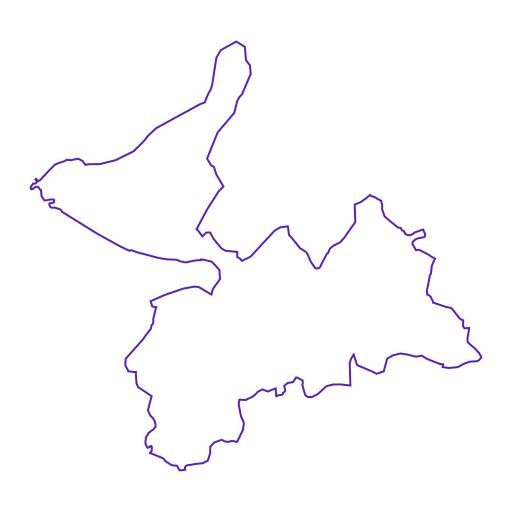 outline of Al Odayn, Ibb, Yemen
{"feature_id": "15242507B10242503769306", "entity_name": "Al Odayn", "entity_type": "district", "adm_level": 2, "iso_a3": "YEM", "parent_name": "Yemen", "parent_adm1": "Ibb", "projection": "orthographic", "projection_center": [43.943, 13.994], "detail": "fine", "context": "isolated", "style": "outline", "palette": "violet", "viewbox_px": 512, "rotation_deg": 0, "n_neighbors": 0, "source": "geoboundaries", "source_scale": "gbopen_adm2", "svg_char_len": 4977}
<svg xmlns="http://www.w3.org/2000/svg" viewBox="0 0 512 512"><path d="M423.2,229.6L422.7,229.7L414.5,232.5L412.6,234.2L410.5,235.1L408.3,235.2L407.1,234.8L405.6,234.1L405.3,233.6L404.9,232.9L404.8,233.0L404.1,231.4L403.4,230.9L402.4,230.5L401.9,230.3L401.7,229.7L400.6,227.9L399.5,227.8L397.7,227.4L392.0,222.7L389.8,220.9L384.7,216.6L382.1,209.3L382.2,205.2L382.0,203.9L381.5,203.0L381.3,201.7L381.2,200.8L376.9,198.6L375.8,197.6L370.7,195.8L370.1,195.0L365.8,198.5L360.4,202.3L354.7,204.5L355.3,222.0L347.9,232.5L344.1,238.0L340.1,242.4L336.0,244.4L333.2,245.9L330.0,248.5L327.9,253.3L327.0,253.6L322.6,262.0L320.0,267.2L318.0,268.4L316.7,268.4L315.1,268.1L314.4,266.9L310.7,261.5L307.8,254.8L306.6,252.7L306.3,252.2L303.6,250.4L300.1,248.2L291.9,238.0L289.0,234.9L287.9,226.4L282.5,227.0L280.3,227.3L278.8,228.1L274.6,230.7L250.5,256.7L241.9,260.9L239.7,258.3L237.2,256.9L237.2,251.9L225.7,250.8L221.5,248.5L213.6,238.9L211.3,234.7L210.2,232.5L206.3,232.5L202.4,236.4L197.7,230.1L196.5,229.4L207.2,209.3L218.6,191.4L223.4,186.5L217.6,176.6L216.4,174.5L214.6,169.4L214.1,167.0L211.1,165.4L207.1,158.6L217.6,132.5L234.3,112.8L237.1,101.2L239.3,97.2L242.1,94.2L242.3,93.7L242.7,92.8L243.3,91.3L250.7,73.9L250.0,65.5L246.0,60.2L244.9,46.8L243.2,45.8L236.3,41.6L233.8,42.9L227.2,46.6L220.8,50.1L216.4,57.6L212.2,84.5L211.1,88.6L207.5,95.4L204.7,102.5L200.2,104.1L170.9,120.1L156.3,128.1L150.7,133.3L148.1,135.7L143.9,141.1L140.8,144.2L135.9,149.0L133.6,151.3L115.5,160.2L99.8,164.1L89.5,164.2L85.2,164.8L82.6,161.0L78.2,158.7L70.7,160.2L67.0,159.8L66.6,159.7L65.0,161.0L58.1,163.3L55.0,164.5L49.0,170.6L40.1,180.1L38.3,181.1L36.0,178.9L35.4,179.7L35.9,180.2L36.9,180.9L36.9,182.1L35.5,183.5L33.3,183.5L31.6,185.7L30.7,187.5L30.7,188.6L31.2,189.2L31.7,189.2L32.4,189.0L33.4,188.8L34.0,187.8L36.2,186.8L37.7,186.8L38.9,188.0L40.6,190.2L41.0,190.1L41.5,195.7L42.8,198.2L44.4,200.3L46.6,200.3L49.8,199.6L53.3,199.4L54.2,200.1L53.8,202.5L51.2,203.2L49.6,203.2L49.3,204.6L49.8,206.2L51.3,207.7L55.2,207.7L59.9,209.3L61.2,210.2L62.0,211.8L97.9,234.1L120.8,246.7L129.2,250.7L131.6,250.2L137.4,252.4L143.3,253.9L146.8,254.8L158.7,258.0L167.6,259.4L176.3,259.7L180.5,261.4L185.7,262.4L190.6,261.4L194.4,260.6L201.2,260.0L201.2,259.5L204.0,259.8L211.7,261.7L215.0,265.0L219.4,270.0L220.0,279.1L213.4,288.3L212.4,290.4L211.4,294.5L198.7,287.0L194.5,286.6L183.3,288.6L179.5,289.9L168.5,293.7L163.9,295.3L150.6,301.2L151.7,304.5L151.9,305.9L152.7,306.6L156.2,307.2L156.0,307.8L153.2,319.2L153.4,321.2L152.9,323.9L151.6,325.1L151.0,328.3L150.9,328.7L145.8,335.3L142.8,339.6L131.1,352.7L125.7,358.7L125.3,365.3L128.5,371.3L130.4,371.5L133.1,372.0L134.3,372.0L136.0,372.1L135.8,373.4L136.5,383.3L138.2,387.3L140.8,388.8L151.6,396.2L147.9,410.3L148.3,411.0L150.2,415.5L152.9,418.1L154.8,421.4L155.5,424.3L155.6,426.7L153.7,429.2L151.1,431.0L148.3,433.2L147.9,434.3L145.8,437.5L145.9,438.7L145.5,441.4L145.5,444.1L147.5,447.8L149.6,447.2L149.9,446.3L151.3,446.1L151.9,447.0L151.8,448.5L151.6,451.1L150.0,453.0L162.9,458.2L166.0,461.6L171.8,465.2L177.1,465.8L177.8,467.3L178.8,469.3L179.6,470.3L180.1,470.4L185.2,469.8L184.9,467.5L185.8,465.9L187.5,465.2L189.0,465.1L195.8,463.9L201.9,463.3L202.5,463.4L207.8,460.6L210.2,453.1L210.2,447.3L210.2,446.8L214.0,442.7L214.6,442.4L218.4,441.0L219.3,440.7L219.7,440.5L221.6,439.8L225.4,441.6L228.1,441.9L232.3,440.8L236.9,442.0L237.6,441.0L243.0,429.7L243.9,422.9L240.9,416.0L238.7,404.2L239.4,399.7L245.8,400.0L246.5,399.8L247.1,399.1L249.2,398.3L252.9,396.5L254.1,395.3L254.5,395.3L255.2,394.5L258.2,391.5L262.4,389.4L267.0,391.2L267.8,391.5L272.1,389.8L275.7,388.5L276.2,396.1L277.1,396.0L278.3,395.3L282.2,394.7L282.8,394.0L283.0,392.7L284.3,392.0L285.3,390.7L284.2,386.0L287.6,383.0L293.1,382.1L296.0,377.5L297.2,377.6L300.0,379.1L302.0,380.0L302.7,380.8L302.7,383.3L302.3,385.2L302.7,386.2L304.6,393.1L305.5,395.4L306.3,395.9L307.9,397.0L308.5,397.0L311.9,397.1L317.7,394.2L322.3,390.0L326.4,386.2L333.1,384.5L340.2,384.4L350.4,385.5L349.7,363.3L351.1,358.7L353.7,354.6L357.1,365.1L372.6,371.7L372.8,371.8L376.7,373.8L383.8,371.3L383.8,371.2L387.2,358.6L393.2,355.3L400.4,353.5L407.0,354.5L416.2,356.7L421.7,355.6L427.0,358.9L440.0,364.0L443.0,364.3L443.2,365.7L442.7,367.1L448.7,368.0L457.9,367.1L463.3,364.1L469.5,361.7L477.4,361.2L479.0,360.1L481.0,357.9L481.3,356.9L481.1,356.3L480.6,356.0L480.3,355.2L479.2,353.2L474.7,348.2L471.5,345.7L467.8,342.3L467.5,340.0L467.8,335.9L468.7,331.8L469.1,328.0L464.4,328.3L463.1,326.1L463.2,320.3L461.2,319.6L459.7,318.4L458.5,317.0L453.3,310.4L451.8,308.5L450.9,307.9L445.9,306.9L439.7,304.8L433.3,302.7L433.4,302.4L430.5,296.5L427.9,294.5L427.3,294.6L427.2,294.0L427.2,293.9L426.8,290.6L427.8,286.3L429.5,277.5L429.8,275.4L430.9,273.9L431.6,267.6L431.6,266.5L433.5,261.7L435.1,258.6L432.8,257.5L429.9,255.7L429.0,254.9L419.2,249.8L415.9,250.1L412.5,244.0L412.5,242.2L415.0,239.7L417.4,238.5L420.4,237.9L423.8,237.2L424.6,236.8L425.2,234.5L423.2,229.6Z" fill="none" stroke="#5b21b6" stroke-width="2"/></svg>